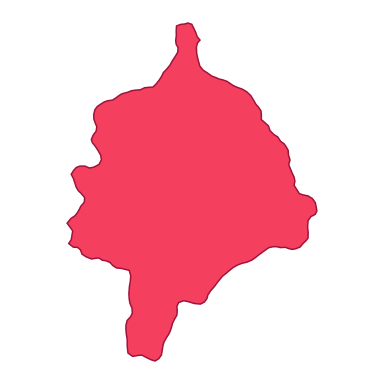 José Gonçalves de Minas, Minas Gerais, Brazil (Albers equal-area conic projection)
{"feature_id": "56859067B28845498897374", "entity_name": "José Gonçalves de Minas", "entity_type": "district", "adm_level": 2, "iso_a3": "BRA", "parent_name": "Brazil", "parent_adm1": "Minas Gerais", "projection": "albers", "projection_center": [-42.66, -16.9], "detail": "fine", "context": "isolated", "style": "filled", "palette": "rose", "viewbox_px": 384, "rotation_deg": 0, "n_neighbors": 0, "source": "geoboundaries", "source_scale": "gbopen_adm2", "svg_char_len": 2696}
<svg xmlns="http://www.w3.org/2000/svg" viewBox="0 0 384 384"><path d="M200.0,40.1L197.2,36.7L195.7,32.4L194.0,28.8L191.8,24.3L187.9,23.0L184.6,24.0L180.5,24.4L176.5,26.0L176.2,30.8L176.3,35.4L175.7,40.8L176.2,44.4L178.1,47.7L177.7,52.3L175.4,56.2L172.6,60.4L170.0,65.1L166.2,69.7L163.4,72.5L161.8,76.0L159.1,80.2L156.1,84.0L152.9,87.1L148.9,87.3L144.7,87.7L140.3,89.8L135.8,90.1L131.2,90.8L128.2,92.1L124.8,93.0L121.7,93.9L118.9,95.6L115.7,98.1L112.4,100.1L107.9,100.7L104.3,101.9L100.9,104.0L97.4,106.4L95.0,109.5L93.7,114.5L93.9,119.2L95.1,122.6L96.8,126.8L96.1,131.3L93.4,134.7L91.3,139.5L92.5,142.9L95.0,145.9L97.8,150.1L100.7,155.2L101.4,159.8L99.0,164.4L93.8,167.2L89.4,168.0L84.9,166.1L79.9,166.1L76.4,167.4L73.7,170.3L71.2,174.3L73.4,178.5L74.8,182.8L76.2,187.2L78.3,190.7L81.3,193.6L84.6,197.5L84.3,202.2L80.9,206.1L78.9,210.1L77.1,213.1L75.0,215.7L70.8,218.6L67.1,223.2L70.5,227.7L72.7,231.0L72.0,235.1L71.3,239.5L68.7,243.6L73.4,247.2L77.6,247.4L80.5,249.9L82.0,254.1L85.9,256.7L91.5,259.0L95.5,258.3L99.1,258.0L102.2,260.2L106.6,260.9L110.1,262.6L112.9,265.6L116.4,267.9L121.7,268.5L125.4,269.4L129.2,270.4L130.7,275.5L130.3,281.5L129.4,286.4L128.9,293.8L129.2,299.1L129.9,303.2L132.0,308.3L132.3,313.1L130.5,316.9L127.2,320.4L126.0,324.8L125.9,329.2L126.3,334.0L127.2,339.5L127.2,346.1L128.0,353.1L132.7,356.4L137.7,355.5L141.9,355.1L145.8,357.2L150.9,359.7L155.1,361.0L158.8,358.7L161.4,355.0L162.3,349.8L163.1,344.9L164.2,341.7L166.7,337.3L168.8,334.1L170.3,330.9L171.5,327.1L172.7,322.8L174.7,318.9L176.8,315.3L177.3,310.5L176.8,306.6L178.6,302.6L183.8,300.7L189.2,301.9L194.2,303.5L200.4,304.1L204.3,302.1L206.9,298.7L207.9,294.9L210.7,290.7L214.5,286.4L217.4,282.4L219.8,279.5L222.3,276.4L226.4,273.1L229.9,270.1L233.3,267.4L237.6,265.0L242.0,263.3L246.9,262.2L252.0,260.0L255.4,257.6L258.5,255.1L261.8,252.7L265.0,250.3L269.0,247.6L273.2,246.7L276.9,246.7L280.4,247.6L285.3,247.3L288.8,248.6L292.3,249.4L295.9,248.7L300.1,247.0L303.2,243.3L306.0,240.8L308.0,238.1L308.2,233.1L307.6,226.6L308.1,220.6L310.9,216.6L315.2,214.4L316.9,210.9L316.2,207.0L315.3,202.7L312.4,198.6L308.0,195.9L303.1,194.9L299.3,193.6L296.8,189.6L294.1,185.3L294.9,181.1L294.1,177.1L292.0,172.7L290.6,169.2L288.7,164.8L290.0,159.9L288.5,155.1L288.2,150.5L286.2,146.8L284.2,143.9L280.6,141.3L277.7,136.9L273.8,134.5L269.9,130.5L268.5,126.0L264.7,122.5L261.3,119.6L261.4,115.8L261.0,111.0L258.4,107.0L256.0,104.4L253.8,100.6L250.8,95.6L246.5,91.6L242.2,89.1L237.1,87.3L233.3,85.6L230.2,83.5L226.9,81.3L222.6,79.8L219.0,79.0L215.9,77.6L211.8,76.1L207.8,73.2L203.0,70.1L199.8,66.0L198.5,61.2L197.4,57.0L196.7,53.4L196.4,47.3L197.5,42.9L200.0,40.1Z" fill="#f43f5e" stroke="#9f1239" stroke-width="1.5"/></svg>